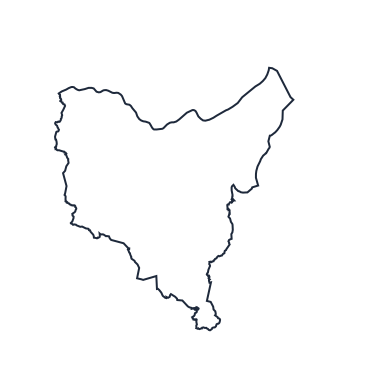 Churumuco, Michoacán, Mexico, rotated 162°
{"feature_id": "50627088B90340838344930", "entity_name": "Churumuco", "entity_type": "district", "adm_level": 2, "iso_a3": "MEX", "parent_name": "Mexico", "parent_adm1": "Michoacán", "projection": "albers", "projection_center": [-101.581, 18.721], "detail": "fine", "context": "isolated", "style": "outline", "palette": "slate", "viewbox_px": 384, "rotation_deg": 162, "n_neighbors": 0, "source": "geoboundaries", "source_scale": "gbopen_adm2", "svg_char_len": 6045}
<svg xmlns="http://www.w3.org/2000/svg" viewBox="0 0 384 384"><g transform="rotate(162 192 192)"><path d="M277.2,328.9L279.9,328.3L284.8,327.9L288.3,326.9L288.0,325.8L287.5,325.3L287.8,323.9L288.2,323.7L288.1,323.0L288.4,322.4L288.4,321.9L288.0,321.6L287.8,320.6L288.1,319.5L289.0,319.5L289.2,319.2L288.0,317.7L287.9,316.9L287.4,316.8L287.5,316.3L287.3,315.3L286.2,314.7L286.1,313.1L288.9,310.1L291.7,307.5L291.7,305.2L292.6,304.2L292.6,303.7L293.6,302.2L294.1,302.1L294.5,301.1L294.8,300.7L296.1,299.7L296.8,299.8L297.0,300.2L297.7,300.3L298.5,299.9L300.0,300.6L300.8,299.9L301.0,299.4L300.8,298.3L299.8,296.6L299.9,294.8L299.6,294.3L299.6,293.5L299.3,292.3L300.1,291.3L300.6,291.0L302.0,291.2L302.5,291.0L304.8,287.5L305.2,286.8L305.6,284.6L305.6,284.0L305.1,283.8L305.3,281.5L305.8,279.4L306.9,277.9L307.1,277.3L308.1,277.1L308.6,276.6L308.2,275.4L308.3,275.2L307.8,275.2L307.9,274.3L307.1,273.3L305.4,272.7L302.0,270.3L301.1,269.9L300.9,269.5L301.1,268.9L300.1,268.5L299.7,267.4L300.4,267.2L300.9,266.8L300.2,266.2L300.1,263.2L299.5,261.5L299.9,260.9L300.4,257.8L303.6,255.3L306.1,251.4L308.8,249.8L309.5,236.4L313.1,229.9L314.1,228.6L313.7,228.0L313.6,226.7L314.6,224.0L314.7,222.9L314.8,222.6L315.1,222.5L315.2,222.2L314.5,221.6L314.5,221.3L314.1,221.4L313.8,220.9L314.2,220.4L313.0,219.5L312.8,219.1L312.3,218.9L312.1,218.0L311.1,217.3L310.9,216.7L309.7,216.3L309.3,215.8L308.4,215.9L307.7,215.5L307.4,214.7L307.7,214.0L307.4,213.8L307.1,212.3L307.3,211.7L308.2,210.9L309.1,209.5L310.2,208.9L311.6,208.6L312.3,207.9L312.6,208.0L312.9,206.5L312.2,205.2L312.8,203.7L315.0,200.9L316.9,199.9L316.9,199.6L315.6,198.4L315.4,197.7L314.8,197.5L314.1,197.6L312.5,196.8L312.1,196.0L309.5,193.8L308.9,193.4L307.2,193.1L304.1,190.1L302.0,189.1L301.8,188.9L301.8,187.6L301.4,187.1L300.8,187.0L300.7,185.4L299.1,181.9L299.1,180.3L299.4,178.9L297.1,177.7L296.7,177.3L295.9,177.4L295.6,177.7L295.2,177.4L293.9,177.7L293.6,177.9L293.0,179.4L292.7,181.0L292.2,180.1L291.9,180.1L291.0,179.5L289.9,179.3L289.2,178.8L287.4,176.5L286.8,176.5L284.7,175.5L284.5,173.2L283.7,171.4L272.9,164.4L270.2,158.7L269.8,158.2L269.1,157.8L269.4,157.1L270.6,157.4L270.8,157.2L270.5,156.1L270.4,153.7L269.9,152.9L270.1,151.7L269.8,148.9L270.1,148.5L270.1,147.2L267.9,144.3L267.9,143.2L266.2,139.9L265.7,136.1L270.9,126.9L267.1,124.6L265.6,123.5L251.9,123.1L255.3,110.6L254.4,110.5L253.5,109.0L252.3,105.8L251.9,102.4L251.5,101.6L250.8,100.8L250.6,100.2L250.2,99.7L249.1,99.0L248.5,99.5L248.5,99.8L247.5,98.8L245.9,99.1L245.5,99.3L244.8,100.6L243.6,101.4L240.4,97.6L239.2,95.2L239.4,93.8L234.7,91.8L231.3,84.5L230.2,83.2L228.2,81.9L228.5,81.0L227.2,80.9L226.5,81.1L225.2,80.8L225.4,80.2L225.9,79.6L225.6,79.1L225.3,79.1L224.7,79.4L223.6,80.9L223.4,80.6L222.9,80.8L221.7,79.2L221.8,78.9L222.9,78.2L223.6,78.5L224.2,78.4L224.4,78.1L224.4,76.6L225.2,76.0L226.5,75.9L227.1,75.1L227.3,74.4L228.3,73.5L230.5,72.9L230.2,72.2L230.5,71.5L229.8,70.7L230.0,70.2L228.5,69.4L228.2,69.9L227.2,69.6L227.0,69.3L228.0,67.2L228.3,64.5L229.1,63.8L229.6,62.3L229.6,61.6L230.0,61.2L228.7,60.1L228.2,60.3L228.1,60.0L227.2,59.3L225.4,59.4L224.7,59.2L224.3,59.8L223.0,59.7L221.7,58.7L220.4,58.4L220.0,57.6L219.2,56.9L218.7,55.7L217.8,55.0L217.4,54.9L215.4,55.6L214.6,56.5L213.4,56.5L212.2,56.2L210.8,56.8L209.5,58.6L208.6,58.8L207.6,58.6L206.6,59.0L205.8,59.9L204.8,61.7L204.9,62.8L205.4,63.4L206.2,63.9L206.3,65.0L208.2,67.6L207.3,68.2L207.0,69.0L206.7,71.3L207.8,73.6L207.3,76.4L208.2,81.7L211.5,83.8L201.9,100.2L203.4,100.3L203.3,102.3L203.0,103.1L202.1,103.4L202.9,104.8L202.4,105.4L201.6,105.8L201.7,107.1L202.6,107.1L202.5,107.8L203.3,108.5L203.4,109.1L202.5,110.1L201.8,110.4L200.4,113.0L197.7,116.1L197.6,117.0L197.9,118.1L197.1,119.6L197.1,120.1L196.1,120.1L195.4,119.3L194.8,119.3L194.3,119.7L192.9,119.5L192.5,120.2L191.4,120.6L190.8,121.2L189.2,121.4L188.6,122.1L186.8,123.0L186.4,123.0L185.8,122.4L184.6,122.4L184.0,122.6L183.3,122.3L181.5,123.6L180.7,123.6L180.0,123.9L179.9,124.4L179.0,125.9L177.5,126.3L177.2,126.8L172.4,130.5L172.6,131.9L172.3,132.5L172.6,133.8L171.6,134.9L170.1,135.2L168.8,135.2L167.6,139.8L166.1,141.1L164.9,143.4L163.6,148.2L163.5,149.0L164.2,151.6L164.0,155.1L164.9,156.8L164.9,157.5L163.8,158.6L163.6,159.3L163.0,159.3L162.7,160.1L162.8,160.7L162.4,161.1L162.4,161.6L162.0,162.6L161.9,163.2L162.2,163.6L162.7,163.6L162.5,164.1L163.6,164.6L163.6,164.8L163.5,165.0L163.0,164.9L162.8,165.1L163.1,166.0L162.5,168.7L162.0,169.1L160.9,168.7L160.5,169.3L159.0,170.5L158.1,170.3L157.6,169.6L157.1,169.8L156.8,170.8L155.9,170.6L155.3,171.1L154.5,170.9L155.2,172.5L156.4,172.5L156.6,172.8L155.6,173.8L155.4,174.7L154.9,175.1L154.9,175.7L154.4,176.4L153.8,181.2L153.0,183.9L152.3,185.0L150.4,186.0L149.8,183.8L149.7,182.1L147.7,178.5L146.6,177.9L145.8,176.8L143.8,175.7L139.4,174.5L134.1,176.7L133.3,177.8L127.1,177.7L126.8,185.8L125.6,189.4L124.3,192.2L121.8,196.0L117.6,200.3L116.4,201.9L113.1,204.6L110.4,205.7L109.4,206.5L110.0,205.5L106.0,209.2L104.6,210.2L104.1,210.9L103.7,216.6L100.6,221.5L100.1,221.3L98.7,221.5L94.3,223.1L91.8,224.5L88.4,227.0L86.8,228.6L83.5,233.1L80.5,241.4L67.1,248.4L69.0,251.8L73.7,280.9L77.4,284.9L80.3,286.3L81.4,284.1L84.1,280.5L87.1,277.6L90.4,275.6L94.1,274.0L99.1,272.8L115.0,266.6L121.0,262.5L127.1,260.5L132.3,259.3L134.4,259.2L144.9,257.0L148.7,256.0L153.1,255.4L157.3,255.7L159.4,256.7L161.1,259.0L162.6,261.9L163.2,266.3L163.7,268.1L165.0,269.4L166.2,269.8L172.4,269.0L181.7,265.0L185.1,263.9L187.8,263.9L189.7,264.5L191.7,264.7L194.9,263.9L199.5,261.5L200.8,261.3L206.3,262.4L208.8,263.2L209.4,263.9L210.1,265.6L210.7,268.8L211.2,270.7L211.5,271.1L214.3,273.2L216.5,274.3L218.2,275.7L219.6,277.6L220.6,280.8L220.7,284.9L222.8,290.1L223.5,292.7L224.5,294.3L227.3,295.8L228.2,296.9L228.9,304.8L229.6,306.6L231.5,309.0L233.0,309.7L235.5,310.2L237.1,311.0L240.3,314.2L242.2,315.5L244.2,316.0L245.2,316.0L248.2,315.3L249.9,315.6L251.8,316.9L253.5,320.9L255.2,322.0L258.3,323.0L262.1,323.0L267.9,323.6L269.3,324.6L270.9,326.4L271.8,328.0L272.9,328.7L274.3,329.1L277.2,328.9Z" fill="none" stroke="#1e293b" stroke-width="2"/></g></svg>